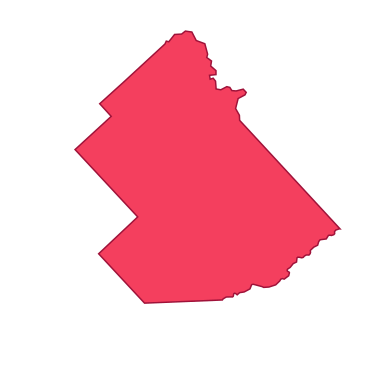 Terrell, Texas, United States of America (Natural Earth projection), rotated 317°
{"feature_id": "52423323B84594382337875", "entity_name": "Terrell", "entity_type": "district", "adm_level": 2, "iso_a3": "USA", "parent_name": "United States of America", "parent_adm1": "Texas", "projection": "natural_earth1", "projection_center": [-101.952, 30.22], "detail": "fine", "context": "isolated", "style": "filled", "palette": "rose", "viewbox_px": 384, "rotation_deg": 317, "n_neighbors": 0, "source": "geoboundaries", "source_scale": "gbopen_adm2", "svg_char_len": 1332}
<svg xmlns="http://www.w3.org/2000/svg" viewBox="0 0 384 384"><g transform="rotate(317 192 192)"><path d="M140.6,291.7L141.9,291.4L145.2,292.1L146.2,292.8L150.1,296.4L151.1,296.4L153.1,294.9L154.0,295.0L154.7,296.1L154.9,298.0L158.2,298.1L162.0,300.7L168.3,302.4L172.3,300.5L172.9,300.6L173.9,301.3L178.8,309.1L179.3,310.6L183.5,314.0L189.9,317.0L195.6,316.9L197.4,316.3L199.1,317.0L200.0,318.6L205.6,319.2L208.2,317.5L208.4,316.9L207.8,314.9L208.3,314.0L209.3,313.6L212.4,314.1L217.2,313.4L220.7,314.5L223.8,311.8L224.8,311.8L225.8,312.7L227.4,315.0L228.8,315.7L230.5,315.5L232.6,316.0L234.6,317.9L236.3,317.7L237.5,317.0L238.7,315.4L243.5,315.4L247.6,316.6L250.8,314.7L253.1,314.3L258.2,317.9L262.2,316.8L263.5,317.7L264.2,318.8L266.5,319.9L267.9,319.8L269.2,318.2L271.2,317.9L274.6,319.4L275.1,319.9L275.7,172.1L279.0,168.2L280.8,160.7L289.5,155.1L297.0,157.1L299.6,156.1L299.6,151.7L293.2,148.2L290.3,145.0L291.0,141.3L289.3,138.7L282.8,136.9L279.9,133.1L284.8,127.0L285.1,123.2L282.2,121.9L284.4,118.6L289.6,122.5L292.3,119.6L291.6,112.6L295.6,109.5L294.5,103.7L297.4,101.9L302.5,92.3L298.4,84.1L301.0,74.9L296.9,69.8L292.1,69.4L286.7,64.9L277.5,66.3L276.1,64.1L273.2,65.3L218.3,65.0L184.7,64.5L184.5,81.6L135.4,81.2L135.3,173.2L81.6,173.5L81.5,240.9L140.6,291.7Z" fill="#f43f5e" stroke="#9f1239" stroke-width="1.5"/></g></svg>